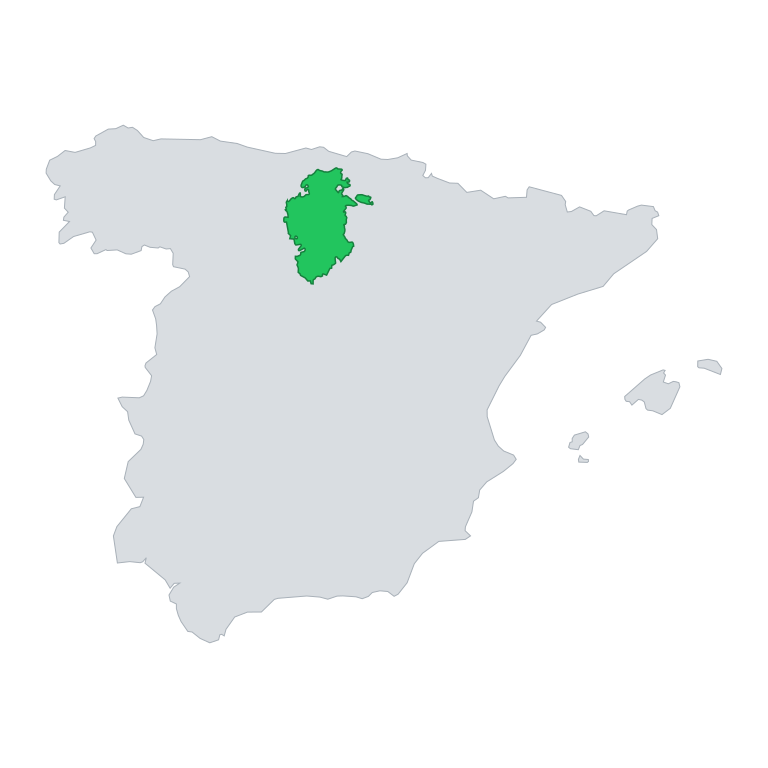 Burgos on a map of Spain (orthographic projection)
{"feature_id": "ESP-5810", "entity_name": "Burgos", "entity_type": "Autonomous Community", "adm_level": 1, "iso_a3": "ESP", "parent_name": "Spain", "parent_adm1": "", "projection": "orthographic", "projection_center": [-3.389, 42.329], "detail": "fine", "context": "in_parent", "style": "filled", "palette": "green", "viewbox_px": 768, "rotation_deg": 0, "n_neighbors": 0, "source": "natural_earth", "source_scale": "10m", "svg_char_len": 9730}
<svg xmlns="http://www.w3.org/2000/svg" viewBox="0 0 768 768"><path d="M407.1,153.5L407.3,155.8L411.2,160.1L422.9,162.5L425.9,164.2L425.5,170.3L422.8,175.5L425.4,177.8L428.2,177.7L431.5,173.4L432.3,176.1L437.7,178.5L449.6,183.0L457.9,183.3L466.8,192.4L480.7,190.2L493.7,198.8L505.4,196.3L508.1,197.9L526.5,197.3L527.1,189.9L529.2,186.8L561.5,195.4L565.7,201.5L565.2,204.7L567.3,212.0L571.4,211.5L579.6,206.9L590.8,211.3L593.9,215.6L596.2,215.8L604.1,210.8L626.5,214.7L627.2,211.1L628.6,210.0L637.7,206.1L641.4,205.1L653.4,206.6L655.1,210.7L657.6,212.1L658.8,215.7L652.1,218.4L651.8,224.6L656.5,229.6L657.7,238.7L646.6,251.4L613.7,273.8L603.1,286.4L577.8,294.1L551.6,304.5L536.5,321.1L540.6,322.2L545.6,327.4L544.2,329.9L537.4,333.9L531.1,335.3L520.3,355.4L504.8,376.4L499.1,385.8L487.1,409.9L487.2,416.7L494.4,440.0L498.3,446.1L503.7,451.0L513.6,455.1L516.2,459.3L513.0,463.6L503.4,471.4L486.7,481.9L479.7,490.0L478.4,497.7L473.5,501.2L471.9,511.9L465.4,526.8L465.1,530.7L470.5,535.9L465.3,539.4L438.8,541.4L422.5,553.3L414.3,563.7L407.1,582.8L398.1,594.2L394.1,596.3L387.8,591.5L379.9,590.8L372.3,592.5L368.4,596.4L362.2,598.7L356.0,596.8L342.9,595.9L337.0,596.1L327.8,599.2L320.0,597.1L306.7,596.0L278.0,598.3L274.3,599.4L261.4,612.0L247.4,612.1L234.7,617.0L226.0,629.3L224.2,635.9L221.7,634.3L219.8,634.8L218.6,639.8L209.8,642.8L200.1,638.4L192.1,632.0L187.8,631.4L181.1,621.6L178.3,615.3L176.4,608.6L176.4,604.0L170.3,601.1L169.0,595.0L173.7,587.2L179.8,583.1L174.2,583.3L170.1,588.2L165.2,579.9L145.0,563.2L146.3,557.7L142.7,561.8L140.2,562.7L129.7,561.6L117.4,563.0L113.4,535.9L116.9,526.6L131.3,508.8L139.9,506.6L143.6,497.2L135.9,497.4L124.3,478.5L128.2,461.6L140.9,449.4L143.2,444.3L143.8,439.5L141.6,436.1L135.0,433.9L128.8,420.2L127.6,411.7L122.2,406.7L117.9,398.1L122.2,397.1L139.3,397.8L143.6,395.8L146.9,390.4L150.6,381.3L151.6,375.7L145.2,367.4L145.0,365.7L146.0,363.0L156.7,354.5L154.9,347.8L157.1,333.9L156.6,325.6L155.7,318.9L152.5,310.0L155.0,306.6L160.4,303.8L165.0,296.9L171.4,291.2L179.7,286.7L189.6,276.6L188.2,271.9L185.0,269.1L173.5,266.7L172.7,264.6L173.2,253.3L170.4,248.6L166.2,249.0L159.8,246.8L158.2,248.0L150.1,247.3L144.4,245.0L141.9,246.6L141.1,250.6L131.3,254.2L125.9,253.8L117.2,249.9L107.1,250.5L105.9,249.6L97.1,253.7L94.2,253.7L90.9,248.0L96.1,240.1L92.4,232.2L89.8,231.8L73.6,236.5L63.9,243.3L60.1,244.0L58.9,242.6L59.2,232.1L69.5,221.5L63.4,220.3L63.9,217.1L68.2,212.2L64.4,208.1L65.2,196.8L56.3,199.9L54.2,199.2L54.4,194.6L60.2,185.9L54.7,184.5L50.8,180.9L46.1,173.1L46.3,169.2L49.7,160.2L57.5,156.4L65.1,150.5L75.1,152.4L90.4,147.9L95.6,145.4L95.7,141.6L94.1,138.6L95.8,136.0L108.3,129.1L115.7,128.7L123.3,125.2L128.1,128.0L132.5,127.3L137.4,130.5L143.7,137.5L153.2,140.7L161.0,138.9L200.5,139.7L211.8,136.7L220.4,141.1L237.2,143.5L247.3,147.1L275.3,153.3L285.5,153.5L305.9,148.0L311.5,149.5L319.7,146.8L323.6,147.3L328.7,151.3L346.7,156.6L351.4,152.0L354.9,151.0L367.9,153.7L381.0,159.2L387.8,159.5L397.7,157.8L407.1,153.5ZM663.3,382.0L668.3,383.8L673.3,381.4L676.1,381.8L678.9,382.7L679.9,386.8L670.3,408.3L662.0,414.6L652.8,410.8L647.6,410.1L646.0,408.6L644.3,402.0L641.8,400.1L638.4,399.4L631.9,405.1L629.6,401.7L626.2,401.3L624.9,399.3L624.7,396.5L644.7,379.0L650.6,375.0L663.1,369.9L665.1,370.4L663.6,373.0L665.5,375.1L663.3,382.0ZM721.9,368.5L720.4,374.5L704.2,368.2L699.0,367.8L697.7,366.7L697.8,361.0L708.1,359.3L716.8,361.3L721.9,368.5ZM580.0,445.5L578.3,449.7L570.4,448.7L568.6,447.2L570.0,442.5L572.2,441.8L572.2,438.5L574.4,435.1L585.4,431.8L588.0,433.9L588.7,437.0L582.5,444.5L580.0,445.5ZM588.5,461.4L587.4,462.4L578.8,462.1L578.4,459.4L580.0,455.5L583.4,459.1L588.3,459.5L588.5,461.4Z" fill="#d9dde1" stroke="#a8b0b8" stroke-width="1"/><path d="M357.1,204.9L353.7,206.1L352.4,205.9L351.6,205.5L348.4,205.2L346.3,205.4L345.6,205.8L345.4,206.2L346.0,207.0L346.1,207.5L346.2,207.9L345.9,208.5L345.2,209.3L345.0,209.7L343.6,211.3L343.5,211.8L343.7,212.1L344.1,212.1L344.5,212.0L344.9,211.9L345.3,211.9L345.6,212.2L345.7,212.6L345.7,213.2L345.5,213.7L345.2,214.6L345.1,215.1L345.2,215.6L345.9,216.1L346.2,216.4L346.4,216.9L346.6,217.3L346.8,217.7L346.7,218.1L346.3,219.5L346.3,221.0L346.3,221.5L346.4,222.0L346.4,222.5L345.7,223.9L345.4,224.2L344.4,224.4L343.9,224.6L343.8,225.0L344.0,225.4L344.3,225.7L344.4,226.2L344.4,227.3L344.6,228.4L344.8,228.9L344.9,229.8L344.8,231.2L344.2,233.3L343.9,233.9L343.3,234.4L343.3,234.8L345.0,237.3L345.1,237.8L345.4,238.6L345.8,238.9L346.5,239.5L347.1,240.3L347.3,240.7L347.5,241.2L348.0,241.9L348.8,242.3L349.4,242.4L349.8,242.3L350.5,242.3L351.3,242.2L351.7,242.1L352.1,242.1L352.5,242.3L352.8,242.6L353.0,243.1L353.2,243.6L353.4,244.0L353.7,246.2L352.7,246.6L351.1,250.3L350.9,251.8L350.6,252.4L350.2,252.5L349.8,252.5L349.4,252.7L349.2,253.0L348.5,255.3L347.1,255.2L345.6,255.6L340.9,261.6L339.7,259.3L339.4,259.1L338.0,258.4L337.8,258.2L337.6,257.8L336.8,256.9L335.9,256.8L335.2,257.5L335.1,258.9L335.6,263.0L335.5,263.3L335.3,263.5L333.5,264.8L331.8,265.3L331.6,268.2L329.9,268.4L326.6,275.1L323.2,273.9L322.8,274.0L322.5,274.4L322.4,274.8L322.5,275.9L320.9,276.7L318.4,276.2L317.2,276.4L316.0,277.1L315.7,277.5L315.1,278.7L314.7,279.0L313.6,279.6L313.2,280.1L313.1,280.7L313.1,283.9L311.1,283.7L310.3,280.9L307.8,281.0L305.2,277.9L300.6,275.4L300.0,273.8L298.2,272.3L298.4,268.7L298.2,267.6L297.0,264.9L297.7,263.1L297.9,261.7L295.3,258.9L295.4,256.3L297.2,256.4L299.9,255.3L300.3,255.0L300.5,254.6L300.7,254.0L300.8,252.7L301.0,252.4L304.1,251.6L304.7,251.0L305.1,250.2L305.2,249.5L305.0,248.8L304.6,248.3L304.1,248.2L299.6,250.6L298.6,250.5L298.4,249.3L301.2,245.7L301.3,245.1L301.0,244.5L300.5,244.3L296.0,245.0L295.7,244.9L294.8,243.6L294.0,239.1L289.8,238.7L290.6,235.6L288.3,233.4L288.4,232.4L286.5,222.1L284.5,222.1L284.0,221.6L283.8,220.6L283.9,218.4L284.1,217.7L284.6,217.2L285.3,217.0L288.1,217.3L288.0,214.9L287.2,212.0L286.6,211.0L285.6,209.9L285.5,210.1L285.3,209.8L286.3,209.3L285.8,207.3L286.8,206.6L286.7,204.2L286.3,202.6L286.4,202.0L287.2,200.7L287.2,200.9L287.6,201.2L288.2,201.6L289.5,200.8L291.2,198.7L292.5,197.9L293.1,197.7L293.8,197.9L294.5,198.6L294.8,198.7L295.2,198.5L295.5,198.1L296.1,196.9L297.9,196.5L299.4,193.4L299.7,193.1L300.1,192.9L300.3,193.1L300.3,193.5L300.4,195.5L300.2,196.5L301.9,197.0L302.7,196.9L303.7,196.6L304.3,196.3L306.0,194.7L306.8,194.6L308.5,194.6L309.0,194.3L309.3,193.9L309.3,193.4L309.3,193.0L309.2,192.7L308.8,191.9L308.7,191.4L308.7,190.7L308.7,190.2L308.5,189.8L308.1,189.5L307.6,189.5L307.0,189.8L306.7,190.2L306.3,190.9L305.9,191.1L305.5,191.1L305.1,190.9L304.9,190.5L304.9,190.0L304.7,189.2L304.9,188.9L305.2,188.6L305.2,188.3L305.3,188.0L306.7,187.9L308.1,187.0L308.4,186.5L308.3,186.1L307.7,185.2L307.4,184.9L306.9,184.7L306.1,185.0L305.9,185.3L305.4,186.2L305.1,186.5L303.8,187.3L302.9,187.6L302.5,187.6L302.0,187.4L301.6,187.1L301.3,186.6L301.1,186.2L301.1,185.7L301.1,185.2L302.3,182.1L302.7,181.2L303.1,180.9L303.5,180.7L304.4,180.1L305.4,179.0L306.2,178.6L306.9,178.4L307.4,178.1L308.0,177.4L308.2,176.8L308.3,175.6L308.6,175.4L309.0,175.3L309.5,175.2L310.9,175.3L311.3,175.3L311.8,175.1L312.5,174.4L313.4,173.9L314.0,173.4L314.7,172.7L315.8,171.1L316.8,170.0L317.5,169.6L318.1,169.5L318.5,169.7L319.3,170.3L319.7,170.5L321.1,170.8L322.5,171.1L323.8,171.8L324.7,172.0L325.6,171.9L327.0,172.1L328.4,172.0L331.4,170.8L335.4,168.2L335.9,168.0L336.4,167.9L336.7,168.0L337.0,168.1L337.8,168.9L338.9,169.0L340.5,169.1L341.6,169.2L341.9,169.4L342.1,169.7L342.1,170.3L341.2,171.0L341.0,171.5L340.6,172.6L340.7,173.2L341.0,173.6L341.8,173.9L342.1,174.4L342.0,175.2L341.8,176.4L341.8,177.9L341.5,178.7L341.2,179.1L341.0,179.5L341.2,179.8L341.6,180.0L343.1,180.4L344.5,180.5L344.9,180.6L345.4,180.4L346.3,178.4L347.2,178.0L347.6,178.1L347.8,178.4L347.9,179.2L348.2,179.6L349.1,179.9L349.5,180.3L349.6,180.7L349.5,181.2L349.4,181.7L349.0,182.0L347.7,182.2L347.1,182.1L347.1,182.7L347.8,183.6L348.4,184.0L349.8,184.5L350.1,185.0L350.1,185.3L350.0,185.7L349.9,186.0L349.6,186.2L349.0,186.4L348.6,186.4L348.0,187.0L347.6,187.3L347.2,187.3L346.2,187.4L345.4,187.6L344.9,187.6L343.0,187.2L342.6,187.1L342.2,186.9L341.9,186.5L341.7,185.7L341.4,185.3L340.9,185.1L339.9,184.9L338.1,185.0L337.7,185.4L337.3,185.9L337.1,186.3L336.6,187.1L335.9,187.9L335.6,188.4L335.4,188.8L335.4,189.3L335.6,189.6L336.3,190.3L337.8,192.2L338.1,192.5L338.5,192.6L338.8,192.1L338.8,191.8L339.2,190.9L339.5,190.6L339.9,190.4L340.4,190.3L341.3,190.3L341.7,190.1L342.0,189.7L342.7,188.7L343.1,188.6L343.5,188.8L343.7,189.3L343.6,190.1L343.2,190.7L342.7,191.6L342.2,192.3L341.9,192.9L341.7,193.4L341.7,193.9L341.9,194.4L342.2,194.7L342.5,195.1L342.8,195.5L342.6,196.1L342.4,196.6L343.0,196.6L344.5,196.3L346.0,195.6L347.5,196.4L348.9,197.7L349.9,198.4L350.6,198.7L351.9,200.3L353.1,200.8L356.3,203.5L356.9,204.1L357.1,204.9ZM296.3,238.8L297.1,238.6L297.3,238.4L297.4,238.2L297.3,237.2L297.0,236.7L296.5,236.3L295.9,236.1L295.4,236.2L295.2,236.4L295.0,236.7L294.9,237.0L294.9,237.4L295.0,238.0L295.2,238.3L295.4,238.5L296.3,238.8ZM361.1,194.7L362.4,194.8L363.0,195.0L363.7,195.3L366.7,196.2L367.3,196.2L367.8,196.2L368.2,196.0L368.5,196.0L368.8,196.2L369.0,196.5L369.2,196.8L369.7,197.1L370.1,197.1L370.6,197.1L370.8,197.3L370.7,197.9L370.6,198.2L370.5,198.5L370.0,199.4L369.8,199.7L369.6,199.9L369.0,200.0L368.7,200.2L368.6,200.5L368.6,200.8L368.8,201.1L369.5,201.9L370.0,202.6L370.3,202.8L370.6,202.8L370.9,202.7L371.2,202.5L371.7,202.0L372.0,201.8L372.3,201.8L372.4,202.0L372.6,202.3L372.7,202.7L372.9,203.3L372.9,204.2L372.8,204.4L372.3,204.7L371.7,204.8L371.5,204.6L371.4,204.4L370.8,204.2L367.0,204.1L364.5,203.1L361.2,202.4L358.2,201.0L356.9,200.0L355.7,198.8L355.4,198.2L355.5,197.8L356.2,197.0L357.2,195.4L357.5,195.1L358.0,194.9L361.1,194.7Z" fill="#22c55e" stroke="#15803d" stroke-width="1.5"/></svg>